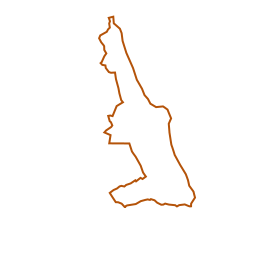 Loíza, Puerto Rico, rotated 54°
{"feature_id": "32010507B12754205522862", "entity_name": "Loíza", "entity_type": "district", "adm_level": 2, "iso_a3": "PRI", "parent_name": "Puerto Rico", "parent_adm1": "", "projection": "orthographic", "projection_center": [-65.903, 18.42], "detail": "fine", "context": "isolated", "style": "outline", "palette": "amber", "viewbox_px": 256, "rotation_deg": 54, "n_neighbors": 0, "source": "geoboundaries", "source_scale": "gbopen_adm2", "svg_char_len": 1731}
<svg xmlns="http://www.w3.org/2000/svg" viewBox="0 0 256 256"><g transform="rotate(54 128 128)"><path d="M117.7,149.7L123.5,146.3L128.5,151.3L129.4,152.2L141.3,136.0L149.3,138.6L151.8,138.7L155.8,138.7L166.0,139.9L172.9,142.0L177.8,142.1L177.8,146.2L175.7,147.2L175.9,152.8L174.6,152.8L174.4,158.4L173.0,162.9L173.2,165.3L170.9,167.4L170.3,169.2L170.5,172.4L169.7,176.1L169.8,180.9L174.4,181.2L180.8,181.5L182.3,179.6L185.5,177.6L190.0,177.1L190.3,176.7L189.9,175.7L190.1,174.3L194.1,166.4L194.7,160.6L196.3,156.4L197.3,154.1L199.1,152.5L199.0,151.3L202.1,149.0L205.6,148.3L209.6,146.2L210.7,144.5L211.0,142.4L214.0,139.9L218.2,135.2L220.2,134.5L220.5,131.9L223.2,127.0L226.8,124.8L227.9,123.9L228.4,123.0L226.3,121.4L223.7,114.7L220.1,113.3L219.9,113.2L217.9,112.4L215.7,112.4L213.2,112.4L210.7,112.4L205.4,110.1L203.6,109.6L203.4,109.5L199.4,108.4L197.2,108.2L188.4,107.5L184.6,107.0L178.5,106.2L177.4,106.1L174.2,105.0L169.6,103.5L167.8,103.0L166.7,102.6L156.0,97.1L155.4,96.7L148.5,92.5L147.1,90.1L146.9,89.8L145.6,87.5L140.2,86.2L136.3,85.2L133.6,86.1L133.2,86.2L131.1,87.0L127.6,93.0L121.5,95.6L116.3,94.8L111.1,95.3L104.5,93.6L94.1,92.5L82.5,88.7L66.3,85.2L54.4,81.2L47.5,77.4L42.9,76.2L36.1,77.7L35.1,78.0L34.2,77.5L29.3,74.5L28.2,77.2L27.9,78.1L27.7,78.6L27.6,78.8L31.0,79.8L32.4,81.8L36.1,83.7L36.5,86.2L37.7,88.6L36.8,96.0L38.4,98.6L42.9,99.3L46.7,99.1L47.8,99.2L50.9,101.3L54.9,101.7L56.1,105.1L59.2,110.5L59.4,112.0L61.8,111.7L64.1,109.5L66.4,110.7L71.5,110.6L73.3,109.3L75.5,105.9L81.4,109.0L90.1,112.3L94.9,114.6L101.5,117.1L104.2,117.0L103.6,124.3L109.3,133.5L107.5,135.0L106.6,136.9L111.8,138.8L113.3,138.4L116.7,139.2L117.3,141.0L117.1,147.1L117.7,149.7Z" fill="none" stroke="#b45309" stroke-width="2"/></g></svg>